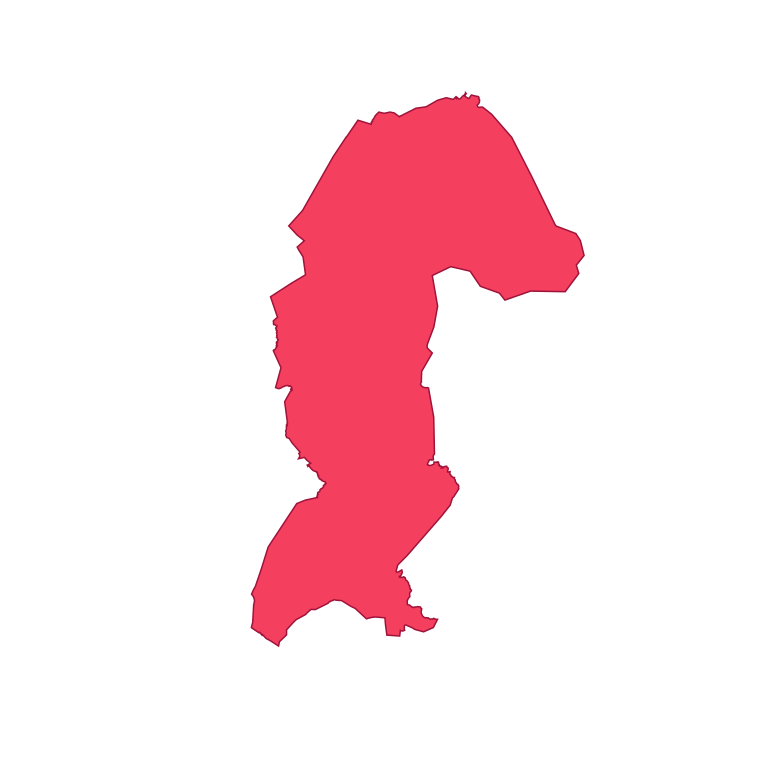 Tynset nor, Hedmark, Norway (Albers equal-area conic projection), rotated 49°
{"feature_id": "86288312B7297449616309", "entity_name": "Tynset nor", "entity_type": "district", "adm_level": 2, "iso_a3": "NOR", "parent_name": "Norway", "parent_adm1": "Hedmark", "projection": "albers", "projection_center": [10.663, 62.36], "detail": "fine", "context": "isolated", "style": "filled", "palette": "rose", "viewbox_px": 768, "rotation_deg": 49, "n_neighbors": 0, "source": "geoboundaries", "source_scale": "gbopen_adm2", "svg_char_len": 6134}
<svg xmlns="http://www.w3.org/2000/svg" viewBox="0 0 768 768"><g transform="rotate(49 384 384)"><path d="M410.0,212.5L433.2,186.7L428.4,164.5L420.5,160.9L418.3,148.7L404.6,141.7L396.3,140.5L377.9,150.4L376.2,150.4L323.6,136.2L281.7,125.8L251.2,125.8L239.7,127.9L238.0,130.0L237.8,130.8L236.4,131.4L234.7,130.7L234.4,129.9L234.7,129.2L234.6,128.6L233.7,126.9L232.5,125.6L231.7,125.2L230.6,125.3L230.1,124.4L229.2,124.2L228.3,124.6L228.0,125.1L223.2,128.5L224.3,132.6L222.2,133.6L219.7,134.1L219.5,133.4L219.1,132.8L218.8,131.4L217.7,131.4L218.2,131.9L218.4,133.6L218.7,134.1L218.3,135.4L218.8,139.7L218.0,140.4L216.2,140.8L216.2,142.1L215.2,142.2L214.9,141.0L214.4,141.1L214.5,143.1L214.7,145.0L208.8,149.2L205.0,157.4L202.4,170.4L196.8,179.0L193.0,194.1L193.0,194.8L192.3,195.9L192.4,197.1L186.2,198.4L182.7,201.1L179.8,206.3L175.4,209.5L175.6,213.5L175.8,213.7L175.9,215.1L176.8,217.1L176.9,217.9L177.3,218.9L177.2,219.3L177.4,219.9L178.2,220.4L178.1,220.8L178.4,221.4L178.1,221.4L178.2,222.0L178.5,222.0L179.6,223.3L167.8,230.6L172.7,249.2L172.7,250.1L179.0,273.0L199.6,331.6L202.2,352.2L214.6,351.8L223.6,350.2L223.7,359.7L226.8,360.4L235.0,361.7L250.1,371.6L247.3,387.0L243.7,412.4L263.8,420.6L263.7,422.7L263.8,426.1L264.4,426.7L265.0,426.8L266.1,428.0L266.8,428.3L267.7,427.2L268.6,427.4L270.1,426.7L270.7,428.1L270.6,428.5L270.7,429.1L271.6,429.1L272.4,430.0L272.9,429.7L273.8,429.9L274.1,430.6L274.6,430.9L274.7,431.5L276.6,432.3L276.9,433.0L277.9,433.6L278.2,434.5L279.3,434.4L280.6,435.1L281.3,434.8L281.7,435.8L281.9,437.8L282.3,437.9L282.8,437.4L283.0,438.0L283.3,438.2L283.1,438.8L283.7,439.1L285.0,439.2L285.0,439.7L285.2,439.9L284.7,440.3L285.8,441.0L285.8,441.7L286.2,442.5L286.4,444.0L286.4,444.6L286.0,444.8L286.0,445.1L286.5,445.0L286.6,445.8L304.1,451.0L315.6,468.2L318.3,466.7L318.7,466.1L319.2,465.0L319.6,463.5L319.7,462.0L320.4,461.1L320.6,459.8L320.9,459.0L321.6,458.4L322.0,457.6L323.0,457.2L323.1,456.8L323.7,456.3L323.8,456.6L324.1,456.1L325.4,455.8L326.0,455.9L326.1,456.1L325.9,456.2L326.5,456.6L326.6,457.5L326.8,457.9L327.4,457.5L327.6,456.8L328.3,457.2L328.1,457.7L328.4,458.3L328.1,458.7L328.1,459.4L332.2,470.6L349.9,482.3L349.7,482.6L350.6,483.2L350.9,483.8L350.9,484.4L351.2,484.4L351.4,484.0L351.9,484.1L351.9,484.5L351.4,484.8L352.1,485.3L352.1,485.7L353.3,486.5L354.2,487.6L354.9,489.0L356.8,490.0L357.4,490.6L357.8,491.5L360.5,492.6L361.0,492.1L363.2,491.3L368.1,492.0L380.5,492.1L380.5,493.9L381.8,494.1L382.9,494.7L383.7,495.8L384.3,497.6L387.2,492.2L390.5,492.3L395.7,491.3L394.9,495.1L395.3,495.0L396.3,495.6L396.8,494.1L398.6,494.6L402.4,494.4L404.5,493.5L405.9,492.4L406.6,492.9L407.0,492.5L407.6,492.6L409.0,493.8L410.2,493.4L410.3,493.5L410.3,494.1L411.1,494.6L411.6,494.4L413.2,495.0L414.0,494.3L414.5,494.6L415.5,493.9L416.0,494.3L417.8,493.6L419.0,492.7L420.3,492.9L420.4,493.2L420.9,493.1L421.1,493.4L420.9,493.7L421.1,494.1L420.9,494.1L420.9,494.9L420.8,495.0L421.1,495.9L420.9,496.3L422.0,497.3L421.9,497.7L422.2,498.0L422.2,499.2L421.8,499.7L421.9,500.3L421.7,500.7L421.9,501.0L421.8,501.6L422.3,502.0L422.9,503.2L422.4,505.1L423.1,505.6L423.1,506.0L423.5,506.3L424.2,506.3L424.1,507.2L424.9,507.9L424.8,508.3L426.0,508.6L420.0,519.6L417.0,528.3L431.0,578.3L442.9,597.6L452.4,613.9L453.6,617.4L455.8,621.9L458.7,622.0L461.2,623.0L463.1,624.3L463.6,625.3L464.7,626.3L465.0,627.1L477.6,639.3L480.7,643.8L481.9,643.7L489.9,641.5L489.7,640.8L489.9,640.7L491.9,640.5L492.1,640.9L493.7,640.8L493.5,640.1L498.7,639.9L503.9,638.0L512.6,635.5L509.9,632.0L509.4,622.1L505.6,618.8L504.6,610.4L504.2,605.0L506.6,594.1L506.3,593.4L506.2,587.0L509.2,583.8L512.8,570.0L512.4,569.0L512.9,567.5L512.8,567.0L513.0,566.2L513.3,565.9L513.5,565.0L513.9,564.6L513.8,564.0L514.4,562.9L515.7,562.0L519.7,558.1L530.0,554.9L534.4,553.0L549.6,551.3L550.0,550.9L550.2,549.9L551.6,547.5L551.6,547.2L552.0,546.7L552.3,545.9L553.4,544.7L553.9,543.6L561.1,536.7L566.2,540.5L575.4,546.6L584.5,537.5L580.7,533.3L581.3,533.1L582.8,531.9L583.4,529.9L582.6,529.7L579.8,527.2L579.7,526.4L580.0,525.7L587.2,522.3L589.2,521.9L597.0,516.7L600.2,506.5L596.7,498.0L595.4,499.4L593.4,500.3L593.3,500.7L593.5,501.3L592.5,502.3L592.2,503.0L590.9,503.8L589.7,503.9L589.2,504.6L588.4,505.0L587.9,505.9L586.6,506.8L584.1,507.1L581.4,506.2L579.8,505.0L579.3,503.9L578.8,503.7L578.2,502.9L577.1,503.2L576.2,502.8L573.9,504.8L573.6,505.8L572.5,507.0L572.1,508.4L571.5,508.4L570.6,509.3L567.6,509.7L566.4,510.8L565.8,511.0L562.8,508.7L561.7,506.0L561.5,504.1L558.7,501.9L558.3,500.8L558.1,499.1L557.6,498.5L556.0,498.8L555.4,498.2L554.1,497.9L553.2,497.0L552.3,497.1L550.2,496.1L548.0,495.7L546.1,496.1L544.1,495.1L543.3,495.5L542.5,495.5L542.3,495.9L542.3,496.5L542.1,497.3L541.3,497.4L540.8,498.4L540.1,499.0L539.5,498.9L539.4,498.4L539.6,497.9L539.4,497.0L539.5,496.6L539.3,495.8L538.8,495.4L538.9,494.9L537.7,493.4L536.0,492.6L535.0,497.4L533.5,498.0L533.1,497.5L529.6,492.3L528.7,479.4L521.4,427.1L518.8,413.4L514.8,407.0L514.9,405.5L512.2,396.3L511.1,395.9L510.6,394.9L509.7,394.4L508.1,394.1L507.3,394.7L506.7,394.4L504.4,394.1L503.2,393.2L501.2,392.9L500.8,392.2L499.1,393.5L498.2,393.3L497.4,393.8L496.2,393.2L495.0,393.4L493.5,391.6L493.1,392.2L492.9,393.1L492.0,393.7L491.6,393.4L490.2,391.2L489.7,390.9L488.8,390.7L487.8,391.1L487.1,390.7L486.0,392.4L485.9,393.2L485.5,393.6L486.0,394.1L486.1,394.5L485.2,395.0L485.2,395.3L485.3,395.4L485.1,395.7L484.9,394.8L484.0,394.6L483.2,395.0L483.1,395.5L482.8,395.8L482.1,395.5L481.5,396.0L481.0,395.1L480.1,395.1L478.9,394.2L478.1,394.3L478.0,394.7L478.1,395.1L477.6,395.3L477.7,395.6L475.7,397.5L477.2,398.8L476.1,402.3L474.8,403.6L474.2,403.6L473.3,404.1L472.2,402.5L472.0,401.3L471.3,400.7L471.2,400.3L471.4,400.2L471.1,399.3L471.9,398.6L472.2,397.7L472.9,397.8L473.6,396.4L471.0,394.5L470.4,393.6L469.9,392.2L469.9,391.8L441.6,368.2L416.2,353.0L415.0,353.7L414.7,354.4L413.7,355.4L411.4,356.9L408.5,356.8L407.2,355.3L407.0,354.3L406.5,354.1L399.2,347.3L392.3,327.2L385.4,327.7L383.3,326.4L381.8,324.0L373.7,309.0L360.5,292.5L333.8,276.4L339.2,256.7L355.3,245.0L373.5,247.2L391.1,237.3L400.0,237.7L410.0,212.5Z" fill="#f43f5e" stroke="#9f1239" stroke-width="1.5"/></g></svg>